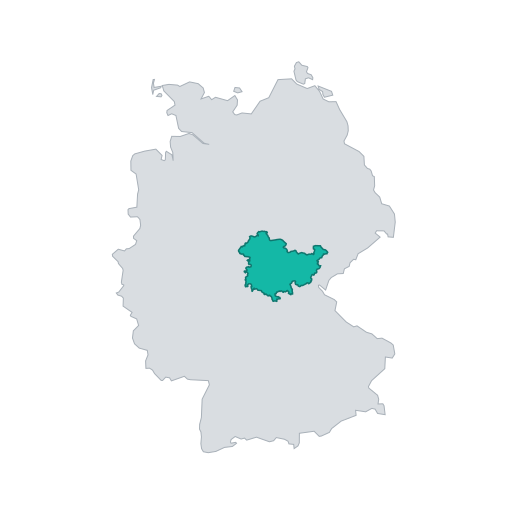 where Thüringen sits in Germany, rotated 346°
{"feature_id": "DEU-1577", "entity_name": "Thüringen", "entity_type": "State", "adm_level": 1, "iso_a3": "DEU", "parent_name": "Germany", "parent_adm1": "", "projection": "albers", "projection_center": [10.909, 50.922], "detail": "fine", "context": "in_parent", "style": "filled", "palette": "teal", "viewbox_px": 512, "rotation_deg": 346, "n_neighbors": 0, "source": "natural_earth", "source_scale": "10m", "svg_char_len": 9630}
<svg xmlns="http://www.w3.org/2000/svg" viewBox="0 0 512 512"><g transform="rotate(346 256 256)"><path d="M224.1,439.5L212.6,431.9L202.4,432.4L200.8,429.9L197.3,430.0L192.1,426.1L187.4,428.1L186.2,430.3L186.5,431.6L191.2,431.9L191.8,433.0L187.0,435.1L179.1,434.1L169.8,435.9L162.1,435.3L157.6,433.2L156.6,429.8L157.1,424.8L159.3,418.3L160.0,413.4L159.3,410.3L160.6,405.7L163.9,399.6L169.1,381.9L179.6,369.7L179.6,365.4L162.5,360.2L159.7,358.9L157.4,355.4L143.7,356.7L142.7,353.3L139.1,351.7L135.2,354.2L133.9,353.8L129.1,345.5L128.0,341.7L125.6,339.1L122.0,338.4L123.5,331.1L127.3,325.8L127.7,321.3L120.4,317.1L116.9,311.8L116.3,305.7L118.9,298.9L125.3,295.0L125.0,288.2L120.0,284.3L119.7,283.1L122.1,280.7L114.9,272.5L117.1,264.8L115.9,262.5L112.5,260.5L111.5,258.1L114.1,257.8L120.5,252.8L120.7,252.0L119.1,251.1L119.0,248.9L123.6,237.8L123.6,235.8L120.7,230.1L120.8,228.1L116.8,221.6L117.0,219.6L124.0,216.1L129.7,219.3L131.9,217.7L134.8,218.1L141.9,215.6L144.0,212.3L141.5,209.3L141.9,207.1L150.0,201.2L151.5,198.3L152.2,192.6L151.3,190.6L150.4,189.2L143.7,187.9L142.1,184.5L143.0,180.1L144.2,179.3L152.2,179.8L156.1,167.2L158.2,163.4L159.5,147.5L155.4,142.6L157.5,133.6L160.7,128.8L163.1,127.6L173.4,127.3L184.7,128.1L189.2,135.7L187.3,139.4L190.0,141.3L191.3,140.7L193.3,133.8L194.3,132.7L198.9,137.5L198.7,143.5L200.3,135.4L199.5,129.6L200.4,124.1L203.2,119.5L211.4,121.7L220.6,120.9L224.0,123.1L231.7,134.0L237.6,136.4L233.0,134.0L223.8,120.8L213.9,117.2L211.8,113.4L212.3,100.3L208.6,97.6L204.6,98.4L204.1,95.4L204.9,93.3L213.9,90.0L214.1,86.4L206.5,73.5L206.3,67.9L213.0,68.4L221.2,71.2L223.1,73.1L233.7,71.0L241.6,74.8L245.4,80.2L245.5,84.9L240.7,90.3L248.8,89.6L250.8,93.6L255.1,92.2L266.0,98.4L274.3,95.2L275.8,100.1L274.2,105.1L268.3,110.5L269.6,113.7L271.5,114.5L277.0,113.8L285.8,117.0L297.4,106.8L306.7,105.5L320.0,90.2L333.4,92.7L337.1,99.0L346.2,105.9L354.3,105.0L357.5,111.6L359.1,119.9L364.0,124.0L371.0,125.6L372.6,134.2L376.7,147.7L376.8,152.0L375.8,156.8L373.7,160.8L369.2,165.7L369.0,168.5L381.3,179.6L384.8,185.4L383.2,193.9L385.3,198.0L387.4,199.3L388.3,201.4L388.5,206.3L390.0,207.6L388.1,216.6L386.0,220.4L386.9,223.4L390.3,228.8L390.6,235.7L397.5,239.8L400.5,248.8L399.3,256.8L393.8,271.1L388.8,269.4L389.0,266.5L388.1,266.3L386.3,262.6L379.1,260.7L377.2,262.6L381.0,267.7L366.3,275.2L355.6,278.5L351.9,283.8L349.9,282.8L345.6,285.3L343.9,288.6L338.7,289.8L336.4,294.1L330.7,293.0L323.8,295.1L320.8,297.3L315.3,305.9L310.6,299.5L309.5,299.5L309.2,301.6L312.0,306.3L313.1,310.2L321.4,317.2L323.2,320.1L319.4,328.1L327.6,341.9L333.7,348.4L337.1,348.2L344.7,356.7L349.6,359.6L353.6,365.5L358.4,366.2L366.0,373.2L367.6,375.6L367.0,384.6L363.5,388.0L357.1,385.3L353.7,396.5L338.0,404.9L333.5,409.9L333.5,411.4L340.3,420.6L340.4,424.7L338.6,429.1L343.3,430.1L344.0,432.3L342.9,441.2L335.9,438.2L334.5,433.4L331.5,431.9L324.7,433.7L315.3,429.8L314.6,434.8L298.7,436.8L287.7,441.7L284.5,444.9L275.8,446.5L273.7,446.3L270.0,440.1L255.2,438.5L252.8,447.8L250.8,450.4L246.4,452.1L247.0,447.9L242.5,446.3L242.3,443.5L239.3,440.7L231.8,437.1L228.4,439.5L224.1,439.5ZM353.4,93.5L354.3,96.8L353.6,98.6L350.1,95.8L346.8,96.0L345.0,100.5L343.5,100.7L338.3,96.8L337.4,94.9L337.5,85.9L339.1,83.9L339.2,81.1L342.0,78.1L344.5,77.9L346.6,82.0L351.6,84.6L352.0,85.8L349.5,89.5L350.2,91.4L353.4,93.5ZM369.1,114.5L369.4,118.5L360.8,118.5L360.0,115.5L360.4,112.6L357.5,109.5L357.4,106.1L369.1,114.5ZM196.8,70.4L194.9,74.4L195.4,67.3L198.9,59.9L200.2,60.1L198.3,63.5L197.9,67.8L205.1,68.4L204.2,69.7L196.8,70.4ZM282.2,93.2L277.7,93.3L274.2,90.8L276.4,87.4L280.7,89.0L282.2,93.2ZM203.6,77.4L202.4,78.6L198.1,77.1L201.4,74.9L203.2,75.6L203.6,77.4Z" fill="#d9dde1" stroke="#a8b0b8" stroke-width="1"/><path d="M241.0,249.7L240.9,249.4L240.9,249.0L240.8,248.2L240.4,247.8L240.3,247.0L240.3,246.8L240.5,246.2L242.7,244.4L243.1,244.0L243.7,243.6L244.0,243.2L244.9,243.8L245.0,243.8L245.4,243.3L245.8,243.2L247.4,243.3L247.3,242.8L248.1,242.4L248.4,241.8L248.4,241.5L248.4,241.3L248.7,241.0L249.3,240.9L249.6,241.3L250.0,241.4L251.9,240.3L252.2,239.5L253.2,238.8L253.4,238.4L254.0,238.1L254.2,237.8L254.7,236.3L254.5,235.8L254.5,235.6L256.0,235.3L256.3,235.4L257.8,236.2L258.9,237.1L260.2,237.1L262.1,236.3L262.3,236.3L263.0,236.9L263.2,236.6L263.2,236.0L262.5,234.9L262.5,234.6L263.1,233.9L264.6,233.0L265.1,233.4L267.9,233.3L269.3,234.0L270.3,234.1L270.7,234.5L271.7,234.9L272.1,234.9L272.4,235.2L272.5,235.6L272.6,236.1L272.4,236.3L272.1,236.3L271.5,236.1L271.3,236.4L271.3,236.7L271.8,238.0L272.4,238.8L272.4,240.0L272.8,241.1L273.2,241.7L273.0,242.8L273.0,243.6L273.2,244.1L274.0,244.6L278.9,245.1L280.2,245.1L283.1,245.5L284.0,245.8L285.6,247.1L286.5,248.7L288.3,251.4L288.0,252.0L287.4,252.8L286.6,253.3L285.0,253.6L284.6,254.2L284.9,254.8L285.7,255.3L286.3,255.5L286.7,255.9L287.4,257.0L287.6,257.8L287.6,258.6L287.2,258.9L287.5,259.9L287.8,260.3L288.3,260.5L290.0,260.6L291.0,260.0L292.5,260.2L293.9,260.2L295.2,259.9L296.0,260.6L296.1,260.8L296.1,261.8L296.4,262.2L296.5,262.6L296.9,263.2L297.1,263.8L297.5,264.2L297.7,264.3L298.1,264.0L301.0,263.7L301.3,263.8L302.0,264.3L303.6,265.0L304.1,265.4L304.3,266.0L304.5,266.4L305.6,266.9L305.7,267.3L307.9,267.0L309.8,267.6L310.7,267.1L311.7,268.0L311.9,268.4L312.2,268.4L312.8,267.9L312.6,267.5L312.7,267.1L313.8,265.6L314.5,264.2L314.5,263.9L314.3,263.6L314.0,263.3L313.5,263.1L313.5,262.9L313.6,261.9L314.1,260.9L314.1,260.5L316.1,260.3L321.0,261.7L321.3,263.2L322.3,264.8L322.6,265.6L323.1,266.0L324.9,266.9L325.7,268.1L326.4,269.5L326.4,269.9L325.9,270.2L325.3,271.0L324.8,270.7L324.3,270.8L323.3,270.7L322.6,270.8L322.0,270.5L321.8,271.1L320.6,271.8L319.9,272.6L319.4,273.5L319.2,273.5L319.2,273.4L318.8,273.3L317.7,273.4L316.4,274.4L314.1,275.2L314.1,275.7L314.5,276.1L315.0,276.3L315.1,276.6L314.6,277.3L314.2,277.4L313.9,277.7L313.7,278.3L313.7,278.7L314.2,278.7L314.5,278.9L314.6,279.1L314.4,279.8L314.7,280.5L314.9,280.8L315.2,281.0L316.0,281.0L316.3,281.1L315.6,282.2L315.3,282.7L314.1,283.5L312.0,283.6L311.1,284.7L311.2,285.7L311.0,286.5L310.7,286.8L309.9,287.1L309.2,286.8L308.7,286.9L308.0,288.1L307.7,288.4L307.1,288.4L306.7,287.8L306.4,287.7L306.1,287.6L305.8,287.7L305.1,288.7L304.4,289.3L303.8,290.2L303.8,290.5L303.8,290.8L304.3,291.1L304.5,291.5L304.5,292.0L304.2,292.4L304.1,293.0L303.3,293.3L303.0,293.6L302.9,293.9L303.2,294.3L302.1,295.0L300.6,295.6L300.5,295.1L299.9,294.8L299.7,294.5L299.3,294.4L298.5,294.6L298.4,294.9L297.9,295.0L294.1,295.9L293.1,295.5L292.4,295.5L292.0,296.1L291.0,296.3L289.8,295.4L289.7,295.3L289.6,294.1L289.4,293.9L289.1,293.8L288.7,293.9L287.9,293.2L287.6,293.1L287.5,292.6L287.6,291.0L288.1,290.6L288.2,290.4L287.8,289.6L287.3,289.4L285.2,289.3L284.9,289.7L284.5,289.9L284.3,290.6L283.6,291.1L283.0,291.2L282.1,291.6L282.3,292.4L282.3,292.8L282.6,293.9L282.4,295.1L282.6,295.5L282.7,296.0L283.0,296.6L283.1,297.4L283.1,297.5L282.8,297.7L282.8,298.2L282.5,299.3L282.7,300.1L282.3,300.9L282.4,301.4L282.4,301.6L282.0,301.7L281.3,301.5L280.8,301.1L280.6,301.2L280.3,301.8L278.7,300.3L278.5,299.9L279.1,299.2L279.2,298.9L278.6,297.8L278.0,297.6L277.9,297.1L277.3,297.2L276.9,297.6L275.7,297.9L275.3,297.6L274.9,297.3L274.1,297.1L273.9,297.2L273.9,297.7L273.8,297.8L273.4,297.6L272.3,296.0L271.8,295.9L270.8,296.2L270.4,295.7L270.1,295.6L269.6,295.9L268.9,295.8L268.0,296.2L267.4,296.0L267.1,296.3L266.4,297.4L266.2,297.5L265.5,297.3L265.2,297.5L265.0,299.2L265.2,299.6L266.1,300.1L266.7,300.7L267.7,300.8L267.8,300.9L268.0,301.3L268.1,301.5L269.0,301.9L269.2,302.5L269.2,303.0L269.0,303.3L268.6,303.3L267.7,303.0L266.4,303.2L265.7,303.0L265.3,304.9L265.1,305.0L264.1,304.4L263.3,304.1L261.8,304.1L261.4,303.6L261.4,303.3L261.5,303.0L261.5,302.8L261.1,302.0L261.1,301.8L261.3,300.7L261.0,299.0L260.2,298.3L259.8,297.4L259.2,297.4L258.9,297.7L258.0,297.6L257.9,297.0L257.0,296.3L256.7,295.9L256.5,295.3L255.7,295.5L255.1,295.5L254.8,295.3L254.6,294.8L254.9,294.4L255.0,294.3L254.9,294.1L254.0,293.4L253.5,292.7L253.0,292.3L252.9,292.0L252.9,291.3L252.8,290.9L252.6,290.8L249.5,289.6L249.1,288.4L248.5,287.8L246.6,287.9L246.3,287.7L246.2,287.0L245.7,287.4L243.9,289.3L243.7,289.3L243.6,289.1L243.6,288.8L244.0,287.4L243.7,286.6L243.8,285.4L243.7,284.8L244.1,284.3L244.3,284.1L244.5,284.2L244.6,282.8L244.2,281.9L244.0,281.7L242.2,281.2L241.3,281.7L240.7,281.9L240.5,282.1L240.5,282.4L240.9,283.1L240.7,283.5L240.1,283.6L239.2,283.2L238.6,283.4L238.4,283.2L238.3,282.2L238.4,281.7L238.8,281.0L239.2,280.8L239.5,280.4L239.5,279.8L240.1,278.4L240.2,277.5L239.8,276.8L239.9,276.3L240.3,276.2L240.5,276.3L240.6,276.2L240.5,275.2L240.7,274.5L240.7,274.2L241.0,274.0L241.5,273.8L242.1,273.7L243.1,273.3L243.2,273.2L243.2,272.7L243.1,272.3L243.2,272.1L244.1,270.9L243.8,270.4L243.4,269.6L242.7,269.0L242.2,269.0L241.8,269.6L241.6,269.7L241.4,269.3L241.5,268.7L241.4,268.5L241.1,268.7L240.9,268.6L240.9,268.0L241.0,267.9L241.4,267.8L241.7,268.0L242.8,268.1L243.7,267.9L243.9,267.5L243.8,266.9L243.5,266.3L243.3,266.2L243.2,265.9L243.3,265.2L244.1,264.6L245.4,264.6L245.7,264.7L246.3,264.5L246.3,265.0L246.7,265.3L248.5,265.2L249.1,264.0L249.1,263.8L249.0,263.4L248.6,262.8L247.9,262.7L247.5,262.3L247.0,262.2L246.9,262.0L247.1,260.9L247.3,260.5L247.7,259.9L247.8,259.2L246.9,258.9L246.8,258.4L246.5,258.1L246.8,257.9L247.5,257.7L248.0,257.7L248.4,258.2L248.4,258.6L248.6,258.9L248.7,259.2L248.8,259.2L249.1,257.4L249.3,256.9L249.8,256.3L249.9,256.0L249.8,255.8L248.8,255.2L248.0,254.6L247.2,254.6L246.8,254.3L246.1,254.1L245.0,253.7L244.9,253.5L244.8,252.7L244.3,252.3L244.1,252.0L244.1,251.7L244.3,251.3L244.2,251.1L242.7,250.6L242.1,250.6L241.8,250.3L241.5,249.8L241.0,249.7Z" fill="#14b8a6" stroke="#0f766e" stroke-width="1.5"/></g></svg>